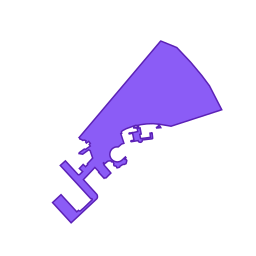 outline of 13, Ad Dawhah, Qatar, rotated 162°
{"feature_id": "91078587B12401503508412", "entity_name": "13", "entity_type": "district", "adm_level": 2, "iso_a3": "QAT", "parent_name": "Qatar", "parent_adm1": "Ad Dawhah", "projection": "orthographic", "projection_center": [51.541, 25.292], "detail": "fine", "context": "isolated", "style": "filled", "palette": "violet", "viewbox_px": 256, "rotation_deg": 162, "n_neighbors": 0, "source": "geoboundaries", "source_scale": "gbopen_adm2", "svg_char_len": 3418}
<svg xmlns="http://www.w3.org/2000/svg" viewBox="0 0 256 256"><g transform="rotate(162 128 128)"><path d="M40.5,151.8L41.5,154.8L48.0,171.0L56.7,189.4L69.7,200.4L70.1,200.6L115.7,172.3L137.0,159.1L156.3,147.1L177.5,134.0L177.2,133.7L177.2,132.4L176.9,132.1L176.6,132.1L175.2,130.7L175.2,130.4L174.9,130.1L173.4,130.1L171.9,128.9L172.6,127.7L172.3,126.9L172.2,126.5L169.5,127.4L169.3,126.7L169.1,126.4L168.6,125.0L170.0,124.4L169.5,122.5L175.0,120.8L176.1,121.5L182.0,119.6L182.5,118.8L179.2,117.1L176.7,117.9L172.1,119.4L171.0,118.2L170.9,110.3L177.6,106.6L177.6,105.7L180.3,104.3L181.9,107.2L186.8,104.5L184.6,100.6L188.6,98.6L189.8,98.9L197.7,116.1L204.0,113.3L185.2,72.2L184.8,72.2L184.4,72.1L184.2,71.9L184.1,71.6L184.1,71.2L184.2,70.8L184.5,70.6L184.9,70.5L195.2,65.5L196.5,65.0L198.5,64.1L199.0,63.9L199.4,64.0L199.9,64.2L200.3,64.5L200.6,65.0L202.6,64.1L212.3,85.3L222.8,80.4L212.7,58.3L211.4,55.4L179.6,70.3L179.0,70.8L178.4,71.6L178.1,72.7L178.0,73.7L178.2,74.6L186.4,92.7L171.7,100.7L169.1,95.1L169.6,94.8L166.3,87.6L165.9,87.8L164.6,87.4L164.3,87.4L164.1,87.4L161.1,89.0L158.2,90.4L158.2,90.6L161.2,97.8L162.1,99.8L162.3,100.6L162.2,100.7L161.9,100.8L162.2,101.9L162.3,102.3L161.9,102.5L161.7,102.1L161.2,101.3L161.1,101.2L159.9,101.8L159.3,101.8L158.9,102.0L158.6,102.2L158.5,102.4L158.3,102.5L158.0,102.5L157.7,102.6L157.1,102.7L156.3,102.5L155.1,102.3L154.7,102.2L154.3,101.7L154.2,101.4L154.3,101.2L154.2,100.9L153.7,100.8L153.2,100.6L152.8,100.4L152.4,98.8L152.5,98.4L152.7,98.1L153.0,97.3L152.9,96.5L152.8,96.3L151.3,95.5L151.2,95.3L151.0,94.8L150.9,94.2L150.9,93.6L150.6,93.4L149.9,93.4L148.9,93.3L148.0,93.4L147.4,94.1L146.9,94.2L145.8,94.5L144.7,94.8L144.0,94.9L142.8,94.5L140.9,94.7L140.2,95.7L139.4,97.0L139.2,97.3L139.3,98.2L139.6,98.5L140.6,99.2L140.7,99.4L140.7,99.5L139.1,100.3L139.4,101.3L141.4,100.4L142.8,99.7L143.8,99.3L144.6,99.0L145.5,98.8L146.3,98.7L147.2,98.8L148.2,98.9L149.1,99.2L150.0,99.7L150.8,100.2L151.5,100.8L152.3,101.6L152.7,102.4L153.1,103.0L153.4,103.6L153.7,104.8L153.8,105.8L153.8,107.0L153.6,108.2L153.2,109.3L152.5,110.5L151.7,111.5L150.5,112.5L149.5,113.1L148.6,113.4L147.3,113.7L146.1,113.8L144.9,113.6L143.9,113.3L143.1,113.0L139.1,114.7L137.9,114.7L136.6,114.7L136.6,123.5L136.6,124.9L135.6,124.9L135.6,125.4L135.5,126.2L135.4,126.5L135.1,126.7L133.9,127.2L129.9,127.9L119.9,128.2L118.3,127.6L119.0,125.7L122.3,127.0L122.5,126.3L119.4,125.1L119.8,121.6L125.5,122.2L125.5,122.4L126.2,122.4L126.9,122.5L127.6,122.7L128.1,122.9L128.5,122.8L128.7,122.6L128.8,122.2L128.4,121.9L128.0,121.8L127.9,121.8L127.7,122.0L126.2,121.7L125.3,121.4L126.1,114.6L128.7,114.9L128.8,115.0L129.1,114.9L129.3,114.8L129.4,114.5L129.4,114.3L129.3,114.1L129.0,113.9L122.3,112.9L122.3,112.2L122.1,111.6L121.6,111.1L121.0,110.7L120.5,110.5L119.9,110.5L119.4,110.6L118.9,110.9L118.5,111.2L118.3,111.7L118.1,112.2L108.6,110.3L108.1,110.3L107.7,110.6L106.6,115.7L106.7,115.9L106.8,116.1L107.0,116.2L107.3,116.0L107.4,115.7L107.5,115.6L107.9,115.6L108.0,115.7L107.9,115.9L107.9,116.2L108.7,116.3L109.5,112.2L114.4,113.1L115.4,113.3L119.3,114.1L118.8,118.3L117.3,118.2L116.5,124.4L118.1,124.7L117.0,127.4L115.3,127.3L113.0,126.9L108.8,126.1L104.9,125.0L102.6,124.3L97.8,122.2L98.5,120.3L100.7,119.8L100.7,119.1L96.7,118.2L97.0,119.8L97.5,120.7L97.5,120.9L97.5,121.3L97.2,122.0L89.7,118.1L86.5,116.4L33.2,116.4L37.5,143.0L40.5,151.8Z" fill="#8b5cf6" stroke="#5b21b6" stroke-width="1.5"/></g></svg>